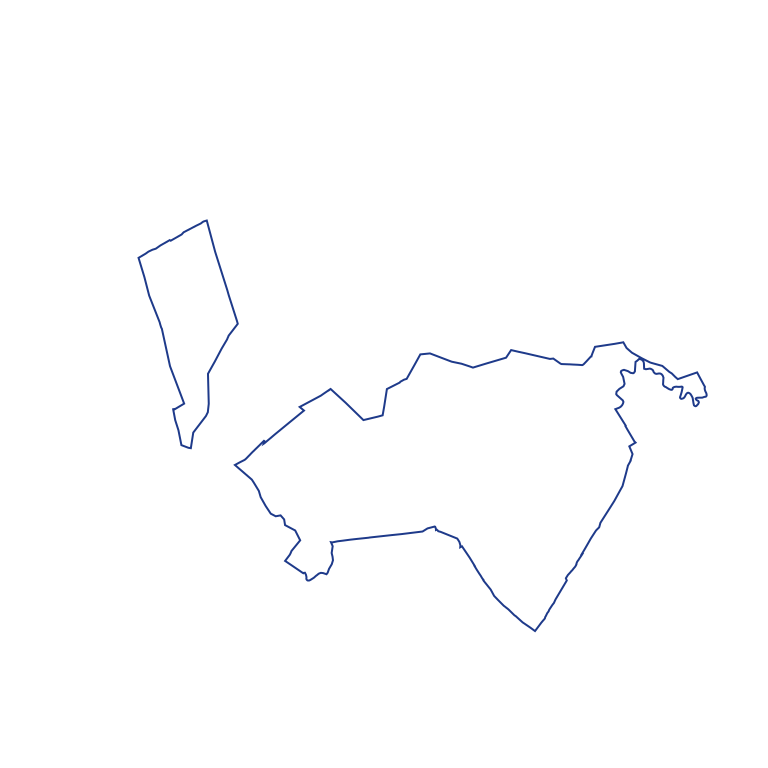 the district of Ilūkste, Ilukstes, Latvia, rotated 218°
{"feature_id": "27541924B8842177834168", "entity_name": "Ilūkste", "entity_type": "district", "adm_level": 2, "iso_a3": "LVA", "parent_name": "Latvia", "parent_adm1": "Ilukstes", "projection": "albers", "projection_center": [26.305, 55.977], "detail": "fine", "context": "isolated", "style": "outline", "palette": "blue", "viewbox_px": 768, "rotation_deg": 218, "n_neighbors": 0, "source": "geoboundaries", "source_scale": "gbopen_adm2", "svg_char_len": 5975}
<svg xmlns="http://www.w3.org/2000/svg" viewBox="0 0 768 768"><g transform="rotate(218 384 384)"><path d="M423.0,347.2L423.4,345.7L423.5,345.8L424.7,342.0L425.6,339.2L426.6,335.9L436.3,314.0L430.7,313.8L435.0,294.8L438.9,277.4L441.8,263.6L442.0,263.0L442.1,263.4L442.8,264.8L443.3,265.6L443.5,266.1L443.6,265.3L444.2,260.9L444.4,259.0L444.6,257.7L444.8,256.1L445.1,254.0L445.3,252.5L445.4,251.5L445.7,249.7L445.9,247.9L446.0,247.1L446.1,245.6L446.3,244.1L446.5,242.2L446.7,240.3L447.1,238.4L448.8,234.8L449.8,232.6L450.1,231.9L451.6,228.4L445.8,228.1L429.3,227.3L425.8,226.1L416.8,222.7L415.7,221.9L411.5,218.9L402.6,215.2L401.8,214.9L401.5,214.8L393.4,212.1L387.9,213.1L384.6,216.8L379.3,215.8L375.1,211.9L363.8,213.9L353.8,209.2L354.1,195.5L353.4,193.0L353.1,191.4L353.0,183.7L344.4,184.3L332.0,185.1L331.1,185.2L331.0,185.7L330.1,186.6L328.0,185.6L326.2,184.1L325.2,182.6L324.3,182.2L323.6,182.1L322.9,182.3L321.9,183.2L321.4,184.2L320.0,188.1L319.4,191.4L319.2,191.9L318.7,194.2L318.4,194.8L317.5,196.3L315.6,197.5L312.2,198.7L312.2,200.0L312.2,200.6L313.5,204.5L314.0,208.2L314.2,209.8L315.7,213.7L318.2,216.2L319.7,217.4L321.2,218.6L324.6,224.6L328.4,226.7L327.3,227.3L327.1,227.5L323.7,231.5L320.0,235.2L314.8,240.5L309.9,245.3L304.8,250.2L301.5,253.4L300.7,254.3L285.4,269.2L277.7,276.6L273.9,280.4L266.8,287.5L262.8,291.5L260.8,297.0L256.3,302.9L255.8,303.0L254.6,302.3L253.7,301.6L253.2,301.0L253.0,301.4L252.8,301.7L252.4,301.6L251.8,301.7L250.6,301.4L248.5,302.3L231.1,307.3L228.8,306.5L227.4,306.0L224.6,304.0L224.2,303.5L223.4,302.3L222.6,304.1L209.6,299.9L200.5,296.5L200.6,296.3L196.4,294.7L192.1,293.2L189.6,292.4L187.4,291.5L185.2,290.9L185.3,290.7L184.1,290.2L183.6,290.1L176.8,288.5L173.4,287.7L166.7,284.8L161.1,284.0L153.2,283.0L147.2,283.0L138.5,282.0L137.7,282.2L128.0,281.5L119.0,282.1L115.9,282.2L112.9,282.3L112.9,283.6L113.1,292.6L113.0,295.8L112.9,297.0L112.9,298.3L113.5,299.7L113.6,300.8L113.7,301.2L113.9,302.1L114.3,304.0L114.3,304.8L114.3,306.2L114.7,307.2L114.9,308.6L115.2,312.3L115.3,313.6L115.3,314.0L115.3,316.1L116.2,319.8L119.0,341.7L121.1,342.9L121.5,346.7L121.3,349.1L121.2,350.2L121.2,351.8L121.0,352.9L121.0,353.6L121.0,354.5L121.0,355.3L120.9,357.4L120.9,358.0L121.2,359.9L121.3,359.9L122.2,362.2L122.4,363.6L122.4,364.2L122.4,365.0L122.6,366.9L122.8,370.2L123.0,372.0L123.4,371.6L124.1,377.1L124.2,377.8L125.0,383.5L125.9,389.6L126.7,398.6L126.7,399.1L126.7,399.6L126.2,403.5L126.7,404.8L126.8,405.0L127.6,406.9L127.7,407.2L128.0,407.8L129.7,425.6L130.5,433.6L132.7,447.2L133.1,449.8L133.2,450.4L138.3,462.6L141.2,469.2L141.5,469.7L142.4,475.5L142.8,475.7L142.8,476.0L145.0,481.8L152.3,485.9L149.7,492.7L151.3,492.9L164.3,498.0L167.9,499.5L167.9,500.0L184.5,506.0L186.2,506.6L184.1,510.1L183.5,511.7L183.4,512.7L183.3,513.8L183.6,515.6L183.7,515.9L184.3,517.3L185.7,518.1L193.7,518.6L194.8,519.0L196.0,521.2L195.5,525.1L193.9,529.6L194.5,532.2L199.9,536.8L203.1,538.2L204.6,539.0L205.0,539.8L205.1,540.2L204.6,541.5L203.6,542.9L199.8,544.3L198.2,544.5L196.6,544.6L194.4,545.8L194.0,546.3L194.0,548.3L199.4,556.3L198.8,558.2L198.4,560.8L196.1,561.9L193.4,561.5L192.0,560.4L188.4,556.2L186.7,556.9L184.0,559.8L183.1,560.2L181.2,560.5L180.2,560.3L179.4,559.7L178.7,559.4L177.6,559.2L176.7,559.2L175.7,559.6L174.7,560.6L173.8,561.6L172.6,562.4L171.3,562.6L169.5,562.2L167.6,561.0L166.4,559.1L164.9,557.0L164.0,555.6L163.2,555.1L162.2,554.8L161.0,554.8L160.0,555.1L157.5,555.3L157.2,555.4L156.1,555.5L154.1,556.2L153.5,556.9L153.5,557.8L154.0,558.7L154.0,558.9L153.8,559.5L153.4,560.4L152.1,561.8L151.1,562.4L149.6,563.5L148.3,564.7L147.7,565.3L147.0,565.4L146.7,565.3L146.0,564.0L144.5,560.9L143.2,557.6L142.6,555.8L141.9,555.3L141.0,555.2L140.5,555.4L140.0,556.0L139.3,557.1L139.2,557.4L139.1,558.9L139.3,560.2L139.6,561.6L139.6,562.9L139.4,563.8L138.9,564.4L138.5,564.6L137.6,564.8L136.4,564.8L134.9,564.3L132.4,563.2L130.3,561.3L128.3,559.4L126.7,558.1L125.9,558.0L125.4,558.1L125.0,558.2L124.7,558.4L124.3,559.1L124.3,559.9L124.1,561.1L124.1,561.7L124.3,562.5L124.6,563.4L125.0,563.7L125.5,564.0L126.0,564.1L127.0,563.9L127.8,563.8L128.8,564.0L129.3,564.3L129.3,564.5L129.3,564.9L129.2,565.3L128.8,565.9L127.9,566.7L126.3,568.0L124.7,569.3L124.3,570.0L123.5,571.2L122.9,571.8L122.7,572.0L122.5,572.5L122.5,572.9L122.7,573.6L123.5,574.5L124.4,575.2L126.3,576.1L127.5,576.9L128.5,577.8L128.6,578.0L129.0,578.5L129.3,579.3L130.4,579.8L130.8,579.9L133.5,581.1L137.9,583.0L144.4,585.9L155.5,568.7L159.0,568.9L163.7,569.5L166.6,569.2L171.2,569.4L175.8,569.6L186.2,565.3L187.6,564.8L196.7,563.0L207.9,561.3L215.0,561.7L221.1,564.2L222.4,562.7L227.1,557.5L240.6,543.2L238.6,536.4L237.8,534.0L237.5,533.4L237.9,533.0L238.4,526.7L238.7,523.8L238.8,522.7L239.2,521.2L239.6,520.8L240.7,520.1L243.5,518.2L246.6,516.0L249.5,514.0L256.4,509.0L257.1,508.8L257.5,508.7L265.6,508.3L266.2,508.3L268.7,505.9L288.4,496.7L291.2,495.4L296.4,492.9L297.6,492.3L304.7,489.0L304.0,479.9L316.5,462.4L324.0,451.7L327.3,450.6L335.4,447.7L344.3,443.3L346.5,442.6L352.0,440.9L366.6,436.4L373.6,429.7L371.7,417.8L369.3,402.0L370.9,399.7L371.8,397.5L372.5,395.9L372.5,394.8L378.6,381.8L369.9,366.2L365.8,358.5L368.6,354.7L378.0,342.9L402.7,345.6L423.0,347.2ZM655.1,332.3L638.6,320.7L623.5,309.1L623.0,308.8L598.9,294.6L597.3,293.4L597.2,293.3L594.3,291.3L593.1,290.8L563.6,266.3L529.4,245.5L533.3,235.4L533.6,234.7L534.0,235.0L534.6,234.3L526.3,227.0L517.5,221.0L506.0,211.1L498.9,213.3L496.7,214.5L503.0,225.8L504.4,228.3L504.6,249.2L505.2,252.0L505.4,253.2L509.9,260.5L529.0,283.7L530.6,294.0L531.1,297.3L533.7,311.8L533.9,313.3L535.1,322.5L535.5,323.9L535.6,324.2L535.9,325.6L536.2,326.4L536.2,329.1L536.3,341.4L538.6,343.1L560.9,358.3L562.7,359.6L565.3,361.5L593.6,380.9L598.4,384.2L624.3,403.7L626.1,401.2L626.6,400.1L627.2,397.7L629.4,393.2L632.3,386.8L635.3,380.2L635.5,377.8L635.5,377.3L640.3,365.6L641.4,365.5L645.5,355.5L647.1,350.2L647.9,349.0L649.1,347.3L651.1,343.3L652.1,339.9L655.1,332.3Z" fill="none" stroke="#1e3a8a" stroke-width="2"/></g></svg>